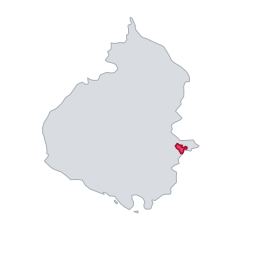 Svay Chrum, Svay Rieng, Cambodia (highlighted), rotated 315°
{"feature_id": "14789045B97733863188211", "entity_name": "Svay Chrum", "entity_type": "district", "adm_level": 2, "iso_a3": "KHM", "parent_name": "Cambodia", "parent_adm1": "Svay Rieng", "projection": "robinson", "projection_center": [105.695, 11.124], "detail": "medium", "context": "in_parent", "style": "filled", "palette": "rose", "viewbox_px": 256, "rotation_deg": 315, "n_neighbors": 0, "source": "geoboundaries", "source_scale": "gbopen_adm2", "svg_char_len": 4122}
<svg xmlns="http://www.w3.org/2000/svg" viewBox="0 0 256 256"><g transform="rotate(315 128 128)"><path d="M207.9,51.4L208.4,53.3L207.1,57.0L205.7,60.4L203.1,63.4L202.9,65.5L202.0,72.0L202.4,74.1L203.0,75.8L203.9,76.8L206.1,83.1L208.2,88.9L210.3,93.6L210.6,96.6L208.8,104.2L206.6,111.1L206.8,114.6L207.7,118.1L208.8,122.7L209.1,128.6L208.6,132.5L207.6,134.9L205.7,137.4L204.1,138.6L202.1,136.5L200.5,136.4L198.4,137.1L196.7,138.0L193.4,141.6L189.6,145.2L184.4,146.1L182.4,148.7L180.2,149.0L176.1,149.2L173.4,149.8L173.5,151.1L173.3,157.3L173.4,158.7L173.0,159.1L171.1,159.3L168.0,158.3L163.7,156.8L160.6,156.6L159.1,159.3L158.2,160.3L157.0,160.5L155.8,161.0L155.4,162.2L155.3,163.7L155.9,166.2L156.1,170.3L155.9,173.1L157.1,174.9L163.6,180.8L165.5,182.3L165.7,183.2L164.6,186.4L165.6,190.9L163.6,190.9L160.2,188.9L158.5,187.7L156.6,188.7L155.9,188.5L154.5,186.3L152.8,184.0L151.0,183.8L147.2,184.7L143.3,185.4L141.8,185.4L141.2,185.8L139.0,189.2L138.0,188.6L134.1,187.3L130.5,186.8L129.8,187.7L130.2,190.4L131.0,193.1L130.6,194.3L128.6,195.7L126.0,198.3L124.4,200.2L123.3,200.7L119.4,200.6L115.4,200.9L113.8,202.8L112.4,204.3L111.1,204.6L106.0,200.0L95.8,198.4L94.6,196.3L93.7,195.9L92.7,198.6L87.1,201.2L84.8,199.6L83.1,197.7L83.3,195.5L84.9,193.6L87.7,192.2L89.0,187.6L86.9,181.5L85.1,179.8L83.1,178.4L81.0,180.6L79.3,184.5L77.5,186.4L74.9,186.9L71.2,186.7L69.7,181.0L69.3,176.1L69.8,170.5L70.4,167.2L66.8,162.6L66.6,158.3L64.9,156.0L64.3,157.1L64.4,158.4L63.9,157.5L58.2,144.7L57.3,138.8L58.3,134.2L58.9,132.7L57.2,130.3L54.9,127.6L50.9,124.0L50.6,118.4L49.7,111.7L48.5,109.4L46.7,105.3L45.7,101.9L45.4,92.9L45.9,92.2L48.8,92.0L52.5,91.3L53.0,89.9L52.4,88.7L54.8,86.6L58.2,82.2L60.8,77.5L62.7,74.6L63.8,71.6L67.7,67.5L72.9,64.6L76.5,64.0L80.2,63.0L83.8,61.6L85.5,61.5L89.9,63.2L92.3,63.6L94.8,63.6L97.4,63.7L99.6,63.6L105.1,62.4L110.8,63.3L115.9,62.6L122.3,61.3L125.4,62.1L128.2,63.5L128.6,66.2L129.3,67.4L130.2,68.4L131.5,68.4L133.1,66.5L134.5,64.5L134.9,64.2L135.0,65.1L135.7,67.3L136.9,69.4L138.1,70.8L140.1,72.6L141.5,72.7L145.8,70.9L152.3,73.5L153.1,74.8L155.2,77.4L157.4,79.2L162.5,79.3L164.3,74.8L163.5,72.0L160.6,67.1L159.8,64.3L160.7,63.8L165.6,63.2L166.4,62.7L167.5,59.5L168.8,59.9L171.5,60.3L174.4,58.1L176.1,55.9L177.0,56.9L178.0,58.5L179.1,59.4L181.2,60.8L183.5,62.7L184.9,64.6L186.0,65.3L189.0,64.8L189.7,64.8L191.4,62.6L192.6,61.3L193.6,61.7L195.1,61.6L198.1,58.7L199.9,56.1L200.8,55.4L203.5,56.7L204.6,56.4L206.2,52.8L207.9,51.4ZM67.8,173.5L67.3,173.8L66.7,173.8L66.2,173.3L66.3,171.2L66.7,169.9L67.6,169.7L67.8,173.5ZM76.3,193.7L75.2,195.1L73.4,192.2L73.4,191.4L76.3,193.7Z" fill="#d9dde1" stroke="#a8b0b8" stroke-width="1"/><path d="M148.3,184.6L150.0,184.1L150.9,183.6L151.1,183.3L151.4,183.0L151.9,182.8L152.4,182.7L152.6,182.7L152.9,182.6L153.4,182.5L153.5,182.5L153.9,183.6L154.1,183.9L154.3,183.7L154.5,183.8L154.6,184.1L154.8,184.2L155.0,184.2L155.3,184.0L155.5,183.9L155.8,183.6L155.6,183.5L155.6,183.3L155.6,183.2L155.7,182.8L155.9,182.6L155.9,182.3L155.8,182.1L155.6,181.7L155.3,181.6L155.1,181.6L154.1,181.7L153.8,181.6L153.7,181.6L153.8,181.4L153.8,181.1L153.7,181.0L153.5,180.9L153.3,180.9L153.0,180.4L153.0,180.0L152.5,179.8L152.4,179.5L152.2,179.4L152.3,178.8L152.6,178.7L152.8,178.6L153.2,178.8L153.5,178.8L153.7,178.7L154.0,178.6L153.8,178.3L153.1,177.5L152.6,176.6L152.4,176.5L152.4,176.4L152.2,176.3L152.0,175.9L152.1,175.5L152.2,175.0L152.0,174.7L152.0,174.4L151.7,174.2L151.6,173.9L151.4,174.0L151.2,173.9L151.0,174.1L150.3,174.2L149.8,174.2L149.6,174.2L149.4,174.1L149.3,173.9L149.2,173.9L149.0,174.1L149.1,174.3L149.0,174.5L148.9,174.6L148.7,174.7L148.7,175.1L148.4,175.6L148.2,176.2L148.2,176.4L148.1,176.5L148.2,176.8L148.3,177.3L148.4,177.7L148.3,177.8L148.3,178.1L148.4,178.6L148.5,178.8L149.0,179.2L149.0,179.3L148.8,179.5L148.7,179.8L148.3,180.1L148.2,180.2L148.2,180.4L148.1,180.5L148.0,180.8L148.0,181.1L148.0,181.4L148.0,181.6L148.0,181.8L147.9,182.1L147.8,182.6L147.6,182.6L147.6,182.8L147.5,183.0L147.4,183.1L147.3,183.3L147.5,183.6L147.9,183.7L148.2,183.8L148.3,183.9L148.3,184.2L148.2,184.3L148.3,184.6Z" fill="#f43f5e" stroke="#9f1239" stroke-width="1.5"/></g></svg>